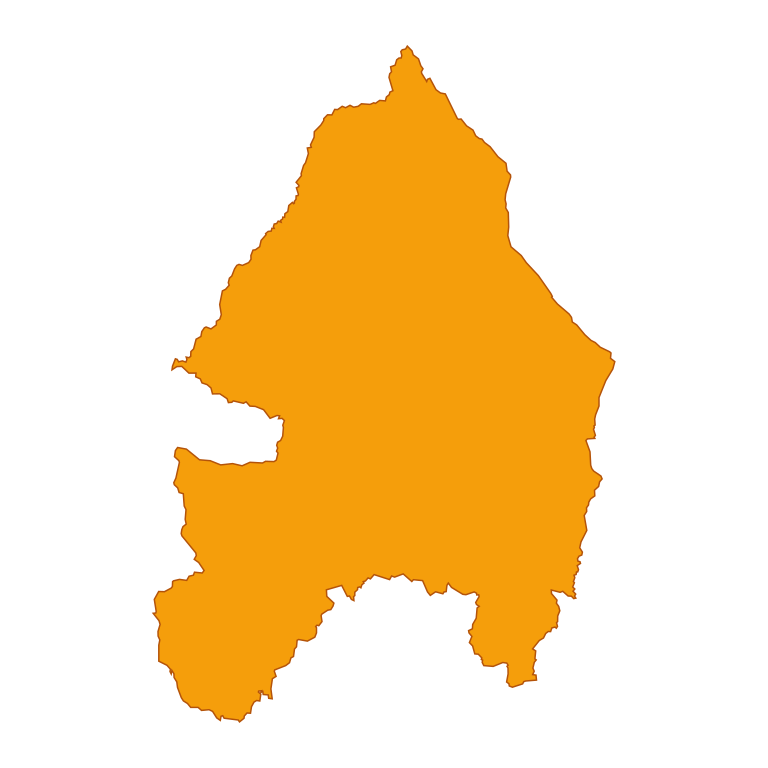 outline of Wonosobo, Jawa Tengah, Indonesia
{"feature_id": "22746128B92173297199140", "entity_name": "Wonosobo", "entity_type": "district", "adm_level": 2, "iso_a3": "IDN", "parent_name": "Indonesia", "parent_adm1": "Jawa Tengah", "projection": "natural_earth1", "projection_center": [109.905, -7.4], "detail": "fine", "context": "isolated", "style": "filled", "palette": "amber", "viewbox_px": 768, "rotation_deg": 0, "n_neighbors": 0, "source": "geoboundaries", "source_scale": "gbopen_adm2", "svg_char_len": 6102}
<svg xmlns="http://www.w3.org/2000/svg" viewBox="0 0 768 768"><path d="M173.8,482.7L174.3,484.7L177.7,487.9L179.1,492.5L183.3,493.7L184.2,506.0L186.0,509.6L185.2,519.4L186.2,524.1L183.0,526.6L181.8,529.6L181.2,533.6L182.0,536.0L195.8,552.9L196.3,555.6L194.2,559.3L198.7,562.5L204.1,570.5L202.2,573.0L194.5,572.2L193.4,575.2L189.1,576.2L186.7,580.4L179.5,579.4L173.6,580.8L172.6,581.6L172.4,586.5L171.2,588.1L164.4,591.7L158.7,591.5L154.3,599.4L156.2,611.4L155.8,613.0L153.2,613.3L159.0,620.7L160.1,624.4L158.0,631.5L158.1,636.1L159.8,639.9L158.8,645.2L158.8,661.2L167.0,665.3L170.4,669.2L170.0,671.5L171.2,673.9L171.9,670.5L173.9,673.7L174.1,677.5L176.8,681.9L177.5,687.4L181.3,697.6L183.4,700.9L187.5,703.5L190.7,707.4L198.1,707.4L201.5,710.4L209.1,709.7L212.6,711.4L216.7,717.9L220.3,720.4L221.0,716.3L222.7,715.7L224.1,718.2L238.2,720.0L239.5,721.9L244.0,718.3L244.3,716.0L247.0,713.0L250.5,713.2L251.5,706.7L254.0,702.1L256.6,700.5L259.8,701.0L260.8,694.2L258.4,692.1L258.6,691.1L261.7,690.7L260.9,692.4L262.8,691.5L263.2,694.5L268.2,694.9L268.7,698.3L272.2,698.8L270.9,688.9L272.4,678.7L276.1,676.4L274.3,671.2L274.7,669.9L285.7,665.6L289.5,662.7L290.9,657.9L293.5,656.5L294.5,649.0L296.5,646.8L297.1,640.3L298.6,639.5L307.4,641.1L314.8,637.2L316.5,632.9L316.5,627.7L315.7,626.5L317.0,625.2L318.8,625.7L322.0,621.6L321.1,615.6L321.8,614.1L327.7,610.2L330.8,609.6L333.0,606.1L333.9,603.1L326.8,596.4L326.4,589.8L341.7,585.4L347.3,596.4L349.5,596.0L351.4,599.4L353.9,600.6L353.6,596.6L354.8,595.6L354.8,592.2L357.5,589.7L357.7,587.5L359.7,586.9L360.9,587.8L361.9,584.7L364.0,583.1L363.2,581.6L365.4,581.0L368.1,577.9L370.4,578.9L374.1,574.6L389.6,579.6L391.6,576.0L394.6,577.1L403.2,573.9L411.8,581.5L413.4,579.7L422.6,580.6L427.5,591.9L430.3,595.4L435.6,591.8L442.9,593.8L444.0,592.0L446.2,591.6L446.9,585.4L448.3,583.1L451.5,587.4L462.8,594.3L465.9,594.7L474.2,591.9L476.5,593.2L476.8,595.0L478.7,594.8L479.1,596.6L475.7,602.5L476.5,604.5L479.2,606.3L477.1,608.0L476.2,618.3L472.7,624.4L472.4,628.8L468.6,630.6L469.0,632.9L471.9,636.4L469.4,642.6L472.6,645.9L474.8,653.9L478.3,654.2L481.8,657.9L481.3,659.5L482.6,660.1L482.2,662.4L483.8,665.6L493.2,666.4L502.8,662.5L506.8,663.1L508.1,665.2L507.0,666.3L508.0,668.0L508.1,673.9L506.6,682.0L508.9,683.7L509.3,686.0L512.4,687.2L522.6,683.9L523.8,681.6L525.7,681.0L536.5,680.1L536.0,675.1L532.7,674.6L534.2,671.2L532.9,668.1L534.3,662.3L536.2,659.9L534.9,658.9L535.7,650.9L532.6,648.9L539.3,640.5L543.5,638.0L545.7,633.5L548.2,631.5L550.6,631.6L551.9,627.9L555.0,627.1L556.3,628.2L557.5,626.4L556.5,622.7L557.6,621.6L557.7,616.0L559.8,610.8L558.7,606.4L556.4,603.2L557.0,600.1L551.5,593.6L551.3,590.0L560.1,592.3L562.8,591.3L568.1,596.0L571.4,596.2L573.7,598.6L575.8,598.1L574.5,596.1L575.7,594.1L573.0,591.2L574.8,589.0L572.7,587.0L574.4,582.7L573.4,581.6L574.8,577.7L574.0,575.2L576.1,574.5L576.5,572.0L577.7,571.9L578.5,569.7L577.2,565.6L580.5,563.4L580.0,561.7L577.9,561.1L577.5,558.6L579.0,556.2L581.8,555.0L582.4,552.1L579.7,547.8L581.0,541.9L586.8,530.4L584.2,515.5L586.7,511.4L586.5,507.8L588.5,505.0L588.8,502.1L590.7,498.8L594.8,495.9L594.5,490.2L598.6,486.5L599.6,481.8L602.1,478.9L600.9,476.0L593.7,471.1L591.8,468.6L590.7,465.2L590.0,451.8L585.9,440.5L587.4,438.9L594.8,438.4L594.1,437.2L595.4,435.4L593.5,429.1L594.4,427.6L593.9,426.0L595.1,425.1L594.7,419.0L595.6,414.8L599.0,406.0L599.0,397.5L605.8,380.6L612.8,369.0L614.8,361.6L610.5,358.3L611.0,353.0L609.7,351.8L600.2,347.2L595.3,342.6L591.0,340.4L584.7,334.6L576.7,324.9L572.3,322.0L571.5,317.4L569.2,314.1L557.4,304.0L551.6,297.2L552.3,296.4L550.7,293.3L538.4,275.7L526.3,262.7L521.3,255.6L511.0,246.8L507.8,235.6L508.7,227.1L508.3,212.5L505.7,208.0L506.1,203.9L505.1,199.8L505.7,193.8L510.7,177.1L510.5,174.9L507.1,171.2L506.0,163.3L497.9,156.7L490.1,146.7L484.5,142.5L482.0,139.1L479.2,138.5L475.7,135.8L473.0,130.1L466.6,125.9L461.1,119.0L458.3,119.3L457.2,118.3L445.3,93.9L440.5,93.0L436.0,89.7L429.9,78.3L427.5,79.3L426.7,81.5L421.7,73.4L421.4,71.7L423.0,68.8L420.8,65.7L418.5,58.9L413.2,54.9L412.0,50.9L407.3,46.1L405.6,49.0L402.2,49.8L400.8,51.6L401.8,55.5L401.2,58.0L399.0,58.0L396.7,59.8L395.1,65.2L390.6,66.8L391.5,71.8L389.7,73.8L389.0,77.4L392.9,90.7L389.9,92.1L389.3,94.6L386.4,97.0L385.4,100.9L379.7,100.4L375.4,103.4L373.8,102.8L370.1,104.4L361.4,103.8L358.2,106.3L353.7,107.2L350.0,105.3L345.6,107.7L342.2,106.3L337.6,109.6L334.7,109.4L331.9,114.9L327.5,114.8L323.8,118.6L323.7,120.6L320.8,125.1L314.3,131.7L314.1,137.3L310.5,144.9L311.3,147.3L307.3,148.0L308.4,153.6L305.5,162.8L303.6,165.4L301.1,173.7L301.4,175.7L296.1,182.3L298.9,185.4L298.7,186.7L296.4,187.8L298.4,194.2L298.1,195.5L296.1,195.9L296.0,199.3L294.3,201.5L294.4,203.1L293.7,203.7L292.4,202.4L288.8,205.5L287.8,211.6L284.9,213.7L284.6,217.3L282.8,217.1L282.5,219.1L280.5,220.4L281.1,222.2L278.2,221.1L276.7,223.5L274.2,224.0L273.4,226.8L274.2,228.4L271.9,228.3L271.2,231.1L268.2,231.4L265.6,233.6L266.1,234.7L261.1,240.4L259.7,246.7L255.4,249.8L253.0,250.1L250.9,255.5L251.0,259.3L248.7,262.6L242.4,265.4L239.0,264.4L236.8,265.4L234.6,268.8L231.8,276.0L229.4,278.2L228.3,282.7L229.2,285.2L225.6,289.3L222.4,290.9L219.7,304.5L221.3,314.7L219.8,319.2L216.4,321.3L216.3,325.0L211.0,328.9L206.1,327.0L204.4,327.8L201.8,331.6L200.9,336.5L196.1,339.2L193.6,348.9L190.9,351.6L190.7,356.4L188.9,357.7L186.2,357.1L186.9,359.5L185.9,362.1L182.4,360.9L178.6,361.8L177.2,359.4L175.4,358.8L172.5,366.2L172.0,369.8L176.8,366.6L181.8,366.4L188.9,373.1L196.0,373.1L195.7,376.8L200.3,378.9L202.0,382.9L207.1,384.6L211.0,388.0L212.5,393.9L219.8,393.8L227.1,398.7L228.4,402.6L231.8,402.3L233.3,400.9L243.5,403.3L246.1,401.8L249.9,406.1L255.3,406.4L263.6,409.7L270.1,418.3L277.0,415.5L279.6,415.8L278.5,418.7L282.1,418.4L284.4,420.6L282.8,425.2L283.4,427.5L282.7,436.2L280.6,440.5L277.6,442.2L276.7,445.3L277.7,448.1L276.5,451.2L278.0,453.1L276.3,460.1L274.0,461.6L265.6,461.3L262.5,463.0L250.0,462.3L242.1,465.8L232.6,463.6L220.7,464.9L210.2,460.7L199.5,459.8L186.4,449.1L177.6,447.5L175.4,450.6L174.5,456.7L178.9,460.7L179.4,462.4L175.9,478.1L173.8,482.7Z" fill="#f59e0b" stroke="#b45309" stroke-width="1.5"/></svg>